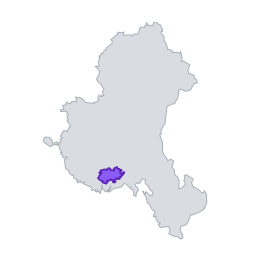 Anhui on a map of China (Equal Earth projection), rotated 94°
{"feature_id": "CHN-1179", "entity_name": "Anhui", "entity_type": "Province", "adm_level": 1, "iso_a3": "CHN", "parent_name": "China", "parent_adm1": "", "projection": "equal_earth", "projection_center": [117.353, 32.025], "detail": "fine", "context": "in_parent", "style": "filled", "palette": "violet", "viewbox_px": 256, "rotation_deg": 94, "n_neighbors": 0, "source": "natural_earth", "source_scale": "10m", "svg_char_len": 8049}
<svg xmlns="http://www.w3.org/2000/svg" viewBox="0 0 256 256"><g transform="rotate(94 128 128)"><path d="M140.4,194.7L135.4,192.2L135.0,189.5L135.9,188.1L132.3,187.3L130.2,185.2L125.0,189.3L123.8,188.1L121.2,189.8L119.3,188.2L117.9,190.2L116.3,189.6L115.6,190.8L116.2,196.5L114.3,196.3L113.8,193.4L110.1,194.8L109.3,192.0L106.5,191.3L108.0,187.2L105.6,186.0L105.0,182.3L105.7,181.2L100.8,182.3L101.4,180.6L100.8,178.6L102.1,175.4L105.5,172.3L105.9,163.6L104.6,163.7L104.0,160.7L102.5,158.9L101.1,160.4L97.3,159.4L98.5,157.6L98.1,156.2L96.9,156.8L97.8,155.2L96.7,154.2L94.1,156.2L91.3,154.9L85.9,158.3L83.4,161.7L80.8,162.8L78.2,161.1L73.2,160.0L68.9,164.9L68.3,161.0L64.4,162.4L60.7,160.9L59.8,161.8L58.9,160.9L58.3,161.9L57.2,160.1L55.2,159.9L55.5,158.5L52.1,156.9L51.8,155.3L49.9,155.5L44.7,149.8L42.4,149.7L41.1,151.2L34.5,144.5L33.1,144.9L33.5,141.7L32.6,138.9L35.7,139.0L34.9,131.6L36.1,130.2L33.8,128.5L33.6,124.5L27.0,122.9L26.3,121.8L26.5,118.9L21.7,116.6L24.6,115.4L23.9,114.4L24.5,110.6L20.9,109.6L21.1,105.7L22.2,105.1L23.0,102.9L26.4,100.9L29.1,100.2L29.2,101.7L31.5,101.5L34.2,98.4L38.5,98.1L41.1,95.9L46.8,93.7L47.1,90.8L48.6,89.9L48.2,89.1L49.7,88.6L49.0,84.4L50.0,81.6L48.1,80.9L54.7,78.8L57.4,79.8L57.9,78.5L57.1,77.7L60.9,70.7L66.5,72.3L69.1,71.3L70.8,65.9L73.8,65.0L75.4,62.6L78.5,62.3L78.6,64.8L85.8,68.6L87.4,73.4L85.5,78.0L86.0,79.5L94.9,80.6L100.8,83.6L100.6,84.6L103.6,90.6L121.3,91.4L123.5,93.2L128.8,95.0L131.6,94.4L131.5,95.4L133.2,95.7L139.7,92.6L148.7,91.9L152.4,90.3L154.6,87.8L157.9,86.1L156.1,83.2L157.9,80.1L163.7,81.5L167.1,78.6L170.9,78.3L173.9,74.6L176.6,74.3L176.9,73.3L185.1,73.0L184.6,70.9L180.5,67.3L178.0,67.3L176.6,68.7L174.6,67.8L171.7,68.6L170.5,66.7L174.4,59.5L178.3,60.8L182.9,58.4L182.6,57.0L185.5,52.1L187.6,50.0L187.3,48.1L185.3,47.5L188.3,45.2L196.6,44.2L203.3,46.2L205.7,49.0L210.3,57.8L210.3,59.6L216.9,61.3L220.6,63.5L222.5,68.5L227.4,68.4L229.5,66.8L233.2,65.6L234.5,66.1L235.1,68.4L233.3,70.2L232.7,74.8L230.6,79.8L226.2,78.9L223.4,81.0L224.8,87.6L224.3,89.8L222.1,90.6L222.5,91.4L220.2,89.3L219.7,91.8L217.1,93.7L214.0,93.9L215.0,95.7L214.5,96.7L209.5,95.2L207.0,98.9L203.2,101.0L201.1,103.5L196.1,105.0L190.2,109.0L190.0,108.2L192.0,107.3L192.5,106.0L190.6,106.0L190.5,105.2L194.0,100.8L192.4,98.6L190.1,98.9L187.7,102.0L183.9,104.3L182.4,106.9L178.2,107.2L177.7,110.5L182.3,112.3L182.4,115.7L183.6,116.6L185.3,116.5L187.1,114.0L188.8,113.3L192.0,115.1L195.7,115.3L194.6,118.0L193.1,117.4L189.1,119.0L188.5,121.4L186.9,121.1L187.3,122.1L183.2,127.6L187.3,130.4L189.5,138.2L193.2,142.0L193.0,143.0L188.3,141.0L186.6,141.8L189.1,141.6L193.3,146.1L189.9,149.5L188.2,149.5L187.2,150.2L191.2,149.9L194.3,152.1L192.2,154.0L193.9,154.0L193.8,155.7L192.0,155.8L192.9,156.7L192.1,158.2L192.7,160.0L190.9,159.8L189.4,161.4L186.8,168.4L185.1,167.6L186.2,169.9L184.6,171.3L183.4,171.0L185.2,171.6L185.3,174.7L183.6,174.4L184.0,175.5L182.8,175.6L181.6,178.6L178.5,179.4L179.3,180.5L176.7,183.9L174.9,183.6L173.2,187.2L163.8,189.5L161.9,186.4L161.1,187.4L161.9,191.0L160.2,191.0L158.2,193.3L157.3,192.2L157.1,193.5L155.7,192.9L154.4,194.4L149.8,195.5L148.7,197.6L150.1,199.8L149.4,201.0L147.6,200.6L146.8,197.7L147.9,194.8L146.5,193.7L144.9,195.1L142.4,192.6L142.4,194.0L140.4,194.7ZM150.6,201.8L152.0,204.3L148.2,210.6L146.0,211.8L142.9,210.2L142.8,206.1L145.2,203.1L150.6,201.8ZM193.4,144.0L192.1,143.7L190.9,142.5L191.9,142.7L193.4,144.0ZM195.1,151.1L194.1,151.4L193.9,150.7L195.1,151.1ZM186.1,173.7L185.6,174.5L185.6,173.4L186.1,173.7ZM149.2,197.3L150.2,196.9L150.1,197.5L149.2,197.3Z" fill="#d9dde1" stroke="#a8b0b8" stroke-width="1"/><path d="M185.1,145.8L185.1,146.2L184.9,147.0L184.8,147.5L184.6,147.6L184.6,147.8L184.4,148.2L184.2,148.0L183.9,148.3L183.8,148.6L183.7,148.6L183.7,148.8L183.8,148.8L184.0,148.9L184.0,149.0L184.1,149.4L184.2,149.5L183.8,149.7L183.7,149.9L183.0,149.9L182.6,149.7L182.3,149.8L182.3,150.0L182.4,150.3L182.2,150.6L182.3,150.7L182.3,150.9L182.4,151.4L182.4,151.5L182.2,151.7L182.1,152.0L181.8,152.3L181.8,152.6L181.8,152.8L181.5,153.1L181.3,153.2L181.1,153.3L180.8,153.8L180.6,153.9L180.5,154.1L180.4,154.2L180.2,154.0L179.7,154.4L179.5,154.2L179.5,153.9L179.4,153.8L179.2,153.7L178.9,153.6L178.7,153.7L178.3,153.6L177.9,153.6L177.7,153.4L177.3,153.3L177.2,153.2L176.8,152.6L176.8,152.2L176.7,152.2L176.6,152.3L176.5,152.2L176.3,152.3L176.2,152.2L176.2,151.9L175.8,151.9L175.5,152.2L175.5,152.3L175.7,152.5L175.6,152.8L175.2,153.1L174.8,153.7L174.6,153.7L174.4,153.6L174.1,153.5L174.0,153.3L174.0,153.2L174.1,152.8L174.3,152.8L174.4,152.6L174.5,152.7L174.8,152.2L174.9,151.9L174.8,151.7L174.5,151.3L174.2,151.1L173.7,151.5L173.5,151.9L173.3,152.0L173.0,152.0L172.5,152.5L172.4,152.5L172.1,152.5L172.0,152.2L172.0,151.9L171.8,151.5L171.9,151.2L171.7,150.3L171.6,150.2L171.4,149.9L171.2,149.8L171.1,149.5L171.2,149.4L171.4,149.2L171.3,148.9L171.1,148.5L170.9,148.4L170.8,148.2L170.7,148.0L170.8,147.6L171.0,147.6L171.1,147.4L171.1,147.1L171.4,146.9L171.6,146.6L171.7,146.3L171.5,146.2L171.4,146.3L171.3,146.1L171.2,146.0L171.1,145.8L170.9,145.8L170.5,145.5L170.3,145.3L170.2,145.3L170.1,145.6L169.9,145.5L169.8,145.3L169.6,145.1L169.5,144.8L169.3,144.7L169.3,144.4L169.3,144.1L169.3,143.9L169.6,143.3L169.7,143.1L169.9,142.8L170.0,142.8L170.0,142.7L170.4,142.5L170.6,142.5L171.1,142.6L171.2,142.1L171.3,141.4L171.3,140.3L171.2,140.0L171.2,139.6L171.1,139.4L171.2,139.0L171.1,138.9L171.3,138.7L171.2,138.7L171.0,138.8L170.9,139.0L170.7,139.0L170.3,139.5L170.2,139.5L169.9,139.5L169.8,139.3L169.6,139.0L169.3,138.8L169.0,138.7L168.9,138.6L168.7,138.6L168.7,138.3L168.6,138.1L168.6,137.7L168.6,137.3L168.4,137.1L168.1,137.0L168.0,136.9L167.7,136.8L167.6,136.7L167.5,136.4L167.5,136.2L167.8,136.0L168.1,136.1L168.5,136.2L168.9,136.0L169.0,135.9L169.1,135.6L169.2,135.4L169.2,134.9L169.2,134.6L169.2,134.3L169.2,134.1L169.3,134.1L169.6,133.9L169.8,133.8L170.1,133.8L170.3,133.7L170.2,133.2L170.1,132.9L170.3,132.8L170.3,132.5L170.3,132.4L170.1,132.4L170.0,132.2L170.1,131.8L170.4,131.4L170.7,131.4L171.1,131.7L171.3,131.7L171.5,131.7L171.6,131.8L171.5,132.1L171.8,132.4L171.9,132.7L172.1,133.0L172.3,133.1L173.2,132.7L173.3,132.5L173.3,132.4L173.6,132.3L173.8,132.1L174.0,132.2L174.0,131.9L173.9,131.7L173.7,131.3L173.6,131.1L173.8,130.8L173.7,130.6L173.8,130.3L173.7,130.3L173.1,130.4L172.8,130.1L172.4,129.7L172.2,129.5L172.3,129.1L172.2,128.9L172.4,128.9L172.5,129.0L172.6,128.9L172.9,128.7L173.1,128.6L173.5,128.8L173.5,129.0L173.8,129.1L173.9,129.3L174.5,129.5L174.6,129.8L174.8,129.8L175.0,129.8L175.3,130.0L175.2,130.3L175.4,130.5L175.4,130.8L176.0,131.3L176.5,131.3L176.8,131.6L177.1,131.5L177.3,131.6L177.4,131.8L177.6,131.8L177.6,131.7L177.7,131.8L177.8,132.0L177.9,132.3L178.0,132.3L178.1,132.9L178.0,133.0L178.4,133.0L178.5,133.0L178.9,132.9L179.2,132.9L179.4,132.8L179.5,132.9L179.6,133.0L179.6,133.4L179.4,133.6L179.4,134.0L179.4,134.3L179.2,134.2L179.2,134.3L179.0,134.9L178.9,135.1L178.8,135.3L178.7,135.4L178.9,135.6L179.0,135.8L179.3,135.9L179.6,135.7L179.8,135.6L179.8,135.8L179.8,136.1L179.9,136.5L180.1,136.7L179.9,136.9L179.9,137.0L180.1,137.4L180.1,137.6L180.3,137.8L180.6,137.9L181.1,137.9L181.3,137.8L181.7,137.9L181.8,137.8L181.7,137.7L181.8,137.4L181.9,137.2L182.0,137.0L182.1,136.9L182.2,136.7L182.3,136.8L182.5,136.7L182.7,136.8L182.7,137.0L182.8,137.1L183.1,137.4L183.3,137.4L183.3,137.7L183.4,137.9L183.4,138.4L183.4,138.6L183.2,138.8L183.2,139.0L183.0,139.3L182.9,139.2L182.6,139.0L182.5,138.8L182.4,138.7L182.1,138.6L181.9,138.6L181.5,138.6L181.4,138.6L181.2,138.6L181.1,138.8L181.2,139.1L181.3,139.2L181.5,139.2L181.5,139.6L181.5,139.8L181.4,140.1L181.5,140.2L181.5,140.3L181.2,140.5L180.9,140.5L180.9,140.8L180.5,141.1L180.4,141.3L180.5,141.5L180.4,141.6L180.4,141.9L180.6,142.0L180.8,142.2L180.8,142.5L181.1,142.8L181.4,142.9L181.5,142.9L181.6,143.0L181.8,143.3L181.8,143.1L182.0,143.4L182.3,143.9L182.1,144.5L181.8,144.7L181.8,144.8L181.8,145.1L182.0,145.3L183.0,145.3L183.3,145.0L183.7,145.1L183.9,145.1L184.0,145.0L184.1,145.4L184.1,145.5L184.6,145.7L184.9,145.8L185.1,145.8Z" fill="#8b5cf6" stroke="#5b21b6" stroke-width="1.5"/></g></svg>